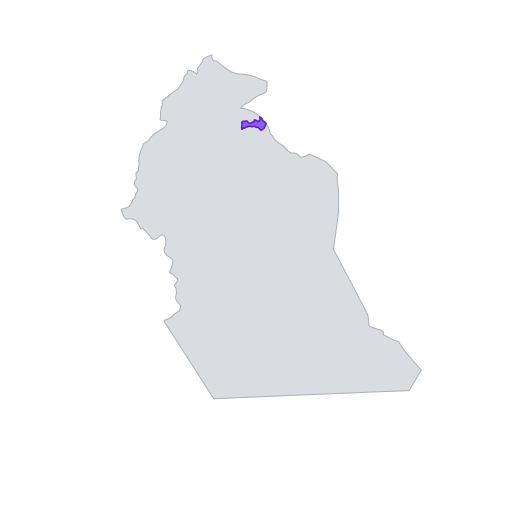 Mayo-Lemié, Mayo-Kebbi Est, Chad (highlighted), rotated 148°
{"feature_id": "50815135B13713715101650", "entity_name": "Mayo-Lemié", "entity_type": "district", "adm_level": 2, "iso_a3": "TCD", "parent_name": "Chad", "parent_adm1": "Mayo-Kebbi Est", "projection": "robinson", "projection_center": [15.282, 10.859], "detail": "fine", "context": "in_parent", "style": "filled", "palette": "violet", "viewbox_px": 512, "rotation_deg": 148, "n_neighbors": 0, "source": "geoboundaries", "source_scale": "gbopen_adm2", "svg_char_len": 4924}
<svg xmlns="http://www.w3.org/2000/svg" viewBox="0 0 512 512"><g transform="rotate(148 256 256)"><path d="M367.4,157.3L367.6,168.2L367.7,179.1L367.8,190.0L368.0,200.9L368.1,211.8L368.2,222.7L368.4,233.6L368.5,244.6L368.6,248.2L368.3,249.6L368.2,249.8L367.8,250.1L362.7,249.0L360.5,249.0L357.4,249.8L352.8,250.2L349.8,250.1L347.8,252.0L346.2,254.2L347.0,259.6L346.9,261.4L346.3,263.3L344.9,264.9L343.5,266.2L342.7,267.3L341.7,269.7L340.9,270.9L341.0,272.4L340.8,274.0L339.9,274.9L337.8,275.5L336.4,276.2L335.3,277.4L334.6,278.3L335.0,279.4L335.6,280.9L335.9,283.3L336.1,284.8L337.2,285.9L337.8,286.7L338.0,287.8L337.4,288.6L334.8,290.4L333.8,291.0L332.6,291.9L332.1,292.2L330.3,293.9L329.3,295.4L328.8,296.6L328.9,298.3L329.9,300.9L330.9,303.0L331.4,304.6L331.6,306.4L331.5,308.1L331.0,309.6L330.0,310.9L326.5,313.4L324.7,316.2L323.3,319.5L323.0,321.3L323.4,322.5L324.1,323.5L325.2,324.0L326.8,324.2L329.3,323.6L331.7,323.3L334.3,324.5L335.6,327.3L335.1,329.3L336.1,333.0L337.0,337.5L337.0,339.0L337.4,339.5L339.0,339.8L339.3,340.9L338.8,348.7L339.6,350.9L340.7,352.5L341.9,353.3L343.1,354.3L343.8,355.1L345.2,355.2L346.8,356.7L347.2,358.6L347.1,360.4L346.2,364.4L345.5,367.1L344.6,366.9L342.7,366.2L340.4,365.6L337.6,365.2L335.0,366.3L332.1,367.7L331.2,368.7L330.4,369.3L329.1,369.2L328.0,369.4L327.3,370.4L326.3,371.5L322.1,373.8L321.3,374.7L320.8,375.5L320.8,376.4L321.2,378.3L321.2,380.6L320.3,382.5L319.2,383.7L318.0,384.2L317.0,384.5L316.3,385.3L314.2,389.5L313.2,390.3L311.3,390.2L305.9,396.6L305.3,398.4L303.3,401.1L300.8,404.1L298.6,405.5L298.4,406.1L297.8,406.6L296.4,407.3L291.6,410.9L285.8,410.8L283.2,412.2L280.7,412.8L277.1,413.5L276.0,413.4L271.3,413.7L265.8,413.6L263.7,414.1L261.8,415.5L260.3,416.7L260.1,417.1L260.3,417.6L260.2,418.0L264.1,421.0L265.0,422.4L264.1,423.8L263.6,424.0L262.9,425.2L260.7,428.6L257.3,432.5L255.5,433.6L254.8,434.4L253.9,437.0L253.4,437.3L251.0,437.7L246.4,438.0L239.9,438.8L236.1,439.1L233.7,438.9L230.3,440.7L229.1,441.1L228.3,441.3L225.0,443.0L222.2,445.8L221.2,446.3L217.3,447.4L215.8,449.3L215.0,449.5L212.5,447.0L210.8,444.7L210.0,442.5L209.9,441.8L209.4,441.9L208.0,442.9L206.9,444.0L206.3,446.2L202.3,447.7L198.8,448.9L197.2,450.5L194.8,451.3L191.7,451.0L189.3,450.3L186.9,450.1L188.1,448.1L188.5,446.7L188.6,444.9L188.4,443.7L187.0,443.0L186.1,442.1L184.1,436.4L182.0,430.6L179.1,424.8L175.9,421.2L173.6,418.9L172.9,418.7L171.7,417.9L170.9,417.3L166.6,413.4L162.2,409.0L161.1,407.0L158.9,404.1L156.5,401.0L155.2,399.6L154.6,397.1L156.3,394.8L158.1,392.0L160.3,390.0L163.2,389.9L168.0,390.7L173.1,391.0L178.2,390.4L179.5,390.0L180.8,390.0L183.5,390.7L188.2,390.5L190.7,389.4L188.1,387.4L185.2,384.2L182.6,380.8L180.9,377.7L179.5,373.7L178.1,368.7L177.3,362.3L177.4,358.7L177.8,356.1L179.2,351.9L178.3,349.4L178.5,347.4L178.4,344.4L177.9,342.9L176.1,338.0L175.7,337.4L174.1,334.0L173.4,328.4L171.5,324.6L168.6,322.8L166.9,320.6L166.3,316.7L165.1,315.6L160.4,314.3L156.6,314.3L153.8,309.9L150.1,304.2L146.8,298.9L144.6,288.4L143.4,282.4L144.8,280.6L147.6,276.3L151.1,268.1L159.1,255.4L163.2,248.9L171.2,239.2L181.2,227.3L186.8,220.6L187.7,208.3L188.6,195.4L189.3,185.6L190.2,174.0L191.0,164.4L191.5,157.3L192.3,147.3L193.0,145.4L196.8,137.5L197.1,136.5L196.4,135.2L190.9,128.5L189.1,127.0L188.2,123.6L189.6,121.6L182.9,110.4L181.3,109.1L180.6,107.7L180.5,105.7L180.4,98.0L178.6,85.8L176.3,71.7L184.1,67.7L190.0,64.6L197.5,60.7L204.5,64.7L214.6,70.5L224.7,76.3L234.8,82.1L245.0,87.8L255.1,93.6L265.3,99.4L275.5,105.2L285.7,111.0L295.9,116.8L306.1,122.6L316.3,128.3L326.5,134.1L336.7,139.9L346.9,145.7L357.2,151.5L367.4,157.3Z" fill="#d9dde1" stroke="#a8b0b8" stroke-width="1"/><path d="M185.1,359.9L181.6,360.0L178.4,362.1L177.3,362.8L177.4,363.0L177.5,363.0L177.4,363.3L177.5,363.4L177.5,363.5L177.6,363.8L177.7,364.1L177.7,364.4L177.7,364.5L177.7,364.8L177.7,365.0L177.7,365.3L177.8,365.3L177.9,365.6L178.0,365.9L178.1,366.0L178.3,366.3L178.4,366.6L178.5,367.2L178.5,367.4L178.6,367.7L178.6,367.8L178.6,368.1L178.6,368.4L178.5,368.5L178.4,368.7L178.3,368.8L178.2,368.9L178.1,369.0L178.1,369.7L178.1,369.8L178.2,370.0L178.3,370.1L178.3,370.3L178.4,370.6L178.5,370.7L178.6,370.9L178.6,371.0L178.8,371.3L178.9,371.5L179.0,371.6L179.1,371.8L179.5,371.1L179.9,370.2L180.6,369.3L181.5,369.0L182.3,368.8L183.2,369.2L183.5,370.2L184.1,371.1L184.6,371.9L185.5,372.2L186.0,371.2L186.6,370.8L187.4,371.3L188.2,371.4L188.9,371.4L189.8,371.4L190.7,371.6L191.4,372.2L191.7,373.0L192.0,374.2L192.3,375.5L193.2,376.0L194.3,376.2L195.0,376.6L195.7,377.2L196.5,377.1L197.3,376.9L197.7,376.2L198.2,375.0L198.8,374.1L199.5,373.3L200.3,372.4L200.8,371.0L200.6,370.8L199.1,371.2L198.0,370.5L196.6,370.5L196.1,370.5L195.4,370.2L194.7,370.1L192.6,369.4L191.7,368.5L191.7,368.4L191.3,368.2L191.1,368.0L190.6,367.6L189.8,367.5L188.3,366.6L188.2,366.0L188.1,365.7L187.5,364.9L186.8,364.6L186.0,363.6L185.7,362.3L185.4,360.7L185.1,359.9Z" fill="#8b5cf6" stroke="#5b21b6" stroke-width="1.5"/></g></svg>